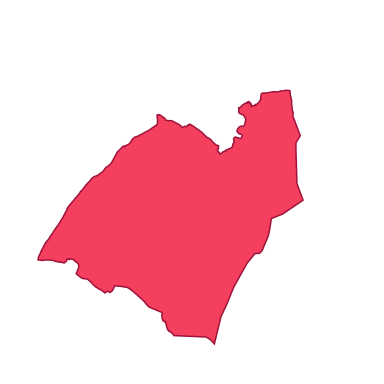 Lardal nor, Vestfold, Norway, rotated 211°
{"feature_id": "86288312B65045037066100", "entity_name": "Lardal nor", "entity_type": "district", "adm_level": 2, "iso_a3": "NOR", "parent_name": "Norway", "parent_adm1": "Vestfold", "projection": "mercator", "projection_center": [9.915, 59.364], "detail": "fine", "context": "isolated", "style": "filled", "palette": "rose", "viewbox_px": 384, "rotation_deg": 211, "n_neighbors": 0, "source": "geoboundaries", "source_scale": "gbopen_adm2", "svg_char_len": 5889}
<svg xmlns="http://www.w3.org/2000/svg" viewBox="0 0 384 384"><g transform="rotate(211 192 192)"><path d="M259.5,241.6L260.2,241.2L260.1,240.9L261.5,240.4L261.4,239.6L261.0,239.1L258.2,235.3L257.8,235.0L257.9,234.7L257.2,233.3L257.1,233.1L256.8,232.2L256.7,231.7L256.8,230.8L257.5,230.1L260.7,222.8L262.3,220.2L263.2,218.8L264.7,216.1L267.6,211.4L269.0,210.0L270.0,207.9L270.3,206.2L270.4,202.2L270.9,200.4L271.4,199.4L271.5,199.2L272.2,198.4L272.6,198.0L273.0,197.3L273.2,197.0L273.3,196.7L273.0,196.2L273.1,195.9L273.6,195.9L274.1,196.1L274.5,195.9L274.6,195.7L274.6,195.3L274.9,194.8L275.3,192.9L275.7,191.5L276.0,189.9L276.7,187.7L276.4,183.8L276.1,176.3L276.1,175.6L276.2,174.7L277.4,170.7L277.8,170.3L277.8,169.6L278.4,168.9L278.7,167.1L278.9,163.8L279.4,162.6L280.2,160.7L280.8,159.5L281.0,158.7L281.1,158.0L283.7,154.9L284.6,152.9L285.0,151.2L285.0,150.8L285.3,148.7L286.1,145.5L286.1,144.9L286.5,143.5L286.5,143.1L287.4,135.3L287.8,135.3L287.8,134.0L287.6,133.3L287.6,132.9L287.7,132.3L288.0,131.7L288.6,127.1L288.9,126.5L288.9,125.7L289.1,124.5L289.0,124.0L289.4,122.5L289.7,120.6L290.1,117.8L290.2,117.7L290.5,116.1L290.4,115.8L290.5,113.4L290.2,112.5L290.0,112.0L290.0,111.4L290.0,110.0L290.0,109.0L289.8,107.6L289.8,106.7L289.7,105.1L289.6,103.6L289.7,100.6L289.6,97.2L289.8,95.3L289.7,94.7L290.0,92.8L290.1,91.3L290.2,89.9L290.4,86.3L290.2,85.5L290.5,83.8L290.5,82.9L290.7,81.9L290.6,80.9L290.7,78.7L290.6,78.1L290.7,77.3L291.1,75.0L291.2,74.0L291.4,73.4L291.3,71.5L291.3,70.5L291.2,70.2L291.3,69.7L291.2,69.0L291.1,68.4L291.0,66.5L290.9,66.1L291.0,65.3L291.0,65.1L290.9,64.6L291.0,64.4L290.8,63.8L290.6,62.2L290.2,57.9L290.0,57.2L290.0,56.9L289.9,56.5L289.6,55.8L289.0,54.6L286.6,55.5L284.1,56.8L283.0,58.0L282.5,58.4L279.8,59.9L275.9,61.8L274.2,62.0L272.6,62.4L272.0,62.7L271.8,63.0L270.1,63.3L269.8,63.5L269.4,63.8L268.8,63.8L267.9,64.5L267.0,64.8L266.1,64.9L265.0,65.3L264.8,65.6L264.4,67.0L264.3,67.7L264.0,68.1L264.1,68.5L264.3,68.8L264.4,69.4L264.7,70.1L264.0,70.2L262.5,70.9L262.8,71.6L261.5,72.0L260.1,72.6L257.9,73.1L257.4,73.1L257.4,72.9L257.2,72.5L256.6,72.3L254.4,72.3L252.9,71.9L252.4,71.7L251.8,71.2L251.1,70.5L250.5,69.2L249.9,67.6L249.8,67.0L249.7,66.0L249.2,62.3L245.2,61.7L241.9,61.4L240.7,61.7L236.6,63.5L234.4,63.0L232.8,62.8L228.6,61.6L226.3,61.1L225.0,61.0L224.4,61.1L222.5,60.9L220.5,61.1L218.6,61.1L216.4,60.9L214.7,60.6L213.6,63.1L213.3,63.3L210.4,63.8L210.3,64.8L209.7,65.3L209.5,66.4L209.4,67.8L209.5,68.6L209.5,69.0L209.6,70.0L209.7,70.7L210.1,71.4L209.8,71.8L209.6,72.0L204.0,74.6L199.5,76.4L199.1,76.8L196.1,76.9L192.3,76.6L191.1,76.4L189.5,76.0L187.7,75.8L176.7,73.6L175.8,73.2L171.9,71.8L169.6,71.2L155.5,73.3L154.7,72.4L154.7,72.2L154.8,71.8L154.7,71.3L154.3,70.9L154.1,70.6L153.3,69.3L152.0,67.9L151.1,67.3L150.7,66.7L149.8,66.8L149.0,66.7L148.7,66.8L148.5,67.0L148.5,67.3L148.4,67.4L148.1,67.4L147.9,67.2L147.6,66.6L146.9,65.8L146.7,65.6L145.9,65.5L145.8,65.4L145.5,64.8L144.9,64.4L144.3,63.4L143.8,63.0L143.2,62.7L142.1,61.4L141.6,61.4L141.3,61.6L140.7,61.5L140.5,61.4L140.5,61.0L140.4,60.9L139.4,60.7L138.7,60.9L137.4,61.1L136.3,60.5L135.6,60.5L134.5,60.2L133.7,59.5L105.3,74.9L100.2,74.9L94.6,73.3L102.9,99.9L104.4,113.9L107.2,132.0L108.1,159.4L106.3,171.6L102.5,174.3L101.7,178.1L104.1,194.0L105.6,198.6L110.3,210.1L103.0,219.7L92.6,242.2L106.4,253.3L124.4,281.3L128.2,287.6L128.2,296.1L144.7,309.1L146.0,312.0L147.0,312.8L148.9,314.7L150.8,317.4L151.5,318.0L151.8,318.4L153.3,321.2L155.4,323.6L157.3,325.3L160.4,329.4L162.9,328.0L163.2,327.9L165.1,326.7L166.2,325.2L167.7,324.6L168.2,324.2L168.9,323.2L169.9,322.2L171.7,321.0L172.7,320.7L174.1,319.7L175.6,318.3L176.3,317.8L177.6,316.6L179.5,315.0L181.4,313.9L182.3,313.2L182.8,312.6L183.1,312.1L183.1,311.9L182.3,309.6L181.7,308.3L180.7,307.1L181.0,305.9L180.8,305.4L180.8,304.7L180.9,304.0L181.0,302.8L181.2,302.0L181.2,301.6L181.2,301.4L182.5,299.9L182.0,299.5L182.0,299.1L182.5,299.2L184.7,296.6L184.7,296.8L184.9,296.9L185.2,296.9L185.6,296.6L185.6,296.8L186.0,297.3L187.0,298.1L187.4,298.3L187.8,298.3L187.8,298.1L187.6,297.8L188.4,298.0L188.9,297.8L189.1,298.0L189.1,298.5L189.5,298.9L189.8,298.8L189.8,298.5L189.8,298.4L190.5,298.1L190.7,297.6L191.1,297.3L191.1,297.1L190.7,296.8L190.9,296.8L190.9,296.4L192.2,295.3L193.5,292.6L194.3,289.1L195.4,288.3L194.7,287.6L193.9,285.9L193.2,284.7L192.7,284.2L191.7,283.9L190.2,284.0L189.1,284.2L187.8,284.4L185.1,283.3L183.7,282.3L183.0,281.3L182.3,278.9L181.8,277.7L181.6,276.7L181.6,275.6L181.7,275.0L181.9,274.7L182.3,274.4L183.5,274.0L184.0,273.6L184.6,272.8L185.1,271.5L185.3,270.1L185.2,268.4L185.1,267.9L184.8,267.3L183.6,266.6L181.3,266.1L179.7,266.7L178.9,266.7L178.3,266.5L177.9,266.1L177.7,265.7L177.7,265.3L177.8,263.1L178.0,262.8L182.7,261.6L183.4,261.2L183.6,260.8L183.9,259.6L183.8,259.0L182.9,257.8L182.2,257.2L181.4,256.3L181.7,254.4L181.0,252.7L180.8,251.4L180.8,250.5L182.1,248.5L183.0,247.6L183.6,246.3L184.4,245.7L184.5,245.5L184.5,245.2L184.5,244.9L184.2,244.6L184.4,244.1L184.5,244.0L184.8,244.0L185.1,243.8L186.3,242.1L186.4,240.9L186.6,240.3L186.9,239.8L187.6,239.0L187.8,239.1L188.6,239.8L189.1,239.8L189.8,240.2L190.2,239.9L190.5,239.9L191.1,240.2L191.7,240.7L191.8,241.3L191.8,241.5L191.6,241.6L191.5,241.9L191.5,242.3L191.7,242.5L191.7,242.8L191.9,243.3L192.6,244.3L192.7,244.8L192.7,245.1L192.8,245.2L193.5,245.2L195.6,244.8L196.1,244.8L200.2,245.6L202.0,246.3L204.6,246.8L207.3,246.6L207.7,246.6L211.2,247.4L213.5,248.1L214.5,248.3L215.3,248.3L217.5,248.6L219.0,248.6L220.8,248.8L226.4,249.2L226.5,249.1L226.5,248.9L227.6,249.1L228.7,249.0L228.6,248.8L228.5,248.6L229.0,248.0L229.7,247.9L230.0,247.5L230.0,247.4L230.0,246.9L229.8,246.1L229.9,245.7L230.1,245.5L230.7,245.4L231.1,244.8L232.4,244.5L232.7,243.7L233.4,242.4L234.3,242.3L234.6,242.4L235.2,242.9L237.4,243.2L246.2,242.7L247.3,241.9L248.2,241.4L251.5,240.0L253.0,241.2L259.5,241.6Z" fill="#f43f5e" stroke="#9f1239" stroke-width="1.5"/></g></svg>